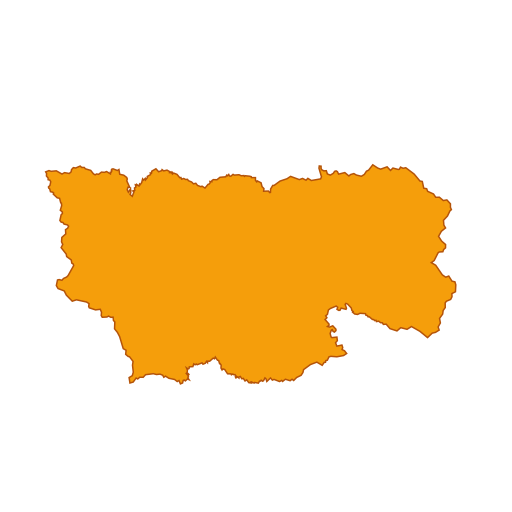 outline of Mae Taeng, Chiang Mai, Thailand, rotated 347°
{"feature_id": "78962969B22934256607694", "entity_name": "Mae Taeng", "entity_type": "district", "adm_level": 2, "iso_a3": "THA", "parent_name": "Thailand", "parent_adm1": "Chiang Mai", "projection": "robinson", "projection_center": [98.828, 19.19], "detail": "fine", "context": "isolated", "style": "filled", "palette": "amber", "viewbox_px": 512, "rotation_deg": 347, "n_neighbors": 0, "source": "geoboundaries", "source_scale": "gbopen_adm2", "svg_char_len": 6095}
<svg xmlns="http://www.w3.org/2000/svg" viewBox="0 0 512 512"><g transform="rotate(347 256 256)"><path d="M73.5,126.2L70.0,126.7L70.5,128.6L69.8,130.9L71.0,133.3L70.6,134.9L72.2,135.7L72.7,137.5L71.1,140.9L69.3,142.0L69.3,143.2L70.1,144.2L70.2,147.1L72.4,148.2L73.0,149.1L72.4,150.1L75.4,154.6L77.6,155.6L77.7,160.3L78.3,160.7L78.0,163.2L75.6,167.4L77.2,169.4L76.9,171.1L75.4,172.0L72.9,177.3L73.7,179.1L75.5,180.0L76.1,181.7L79.3,183.3L80.1,184.8L78.7,186.6L76.3,187.5L75.6,191.7L71.0,194.2L69.7,198.5L70.3,201.3L68.0,204.0L71.5,211.4L71.4,214.0L75.1,218.3L74.9,221.5L76.1,222.7L76.2,224.3L68.5,232.8L66.7,233.9L63.4,234.6L61.4,236.0L58.9,234.7L57.2,234.7L54.8,239.9L55.8,243.2L61.3,246.9L62.4,251.5L66.8,258.7L71.2,258.3L80.5,262.7L82.6,264.8L81.6,267.6L81.9,269.0L87.5,272.4L92.3,272.9L92.8,276.1L91.8,279.2L92.4,281.1L97.0,281.9L98.8,281.4L100.8,283.1L103.0,283.5L102.6,286.7L103.6,288.5L101.8,295.1L103.8,299.3L105.0,303.9L105.8,316.4L108.2,318.6L106.9,322.5L108.9,325.2L110.1,325.7L112.5,331.1L111.1,334.6L110.3,341.6L108.5,344.8L105.0,345.9L104.6,351.4L108.0,351.2L111.7,348.0L113.1,349.2L115.4,348.0L118.8,348.8L121.7,346.8L129.5,347.6L132.4,349.1L135.9,349.5L138.3,351.2L138.9,353.4L140.8,352.7L143.7,355.6L148.9,358.0L151.0,360.6L152.9,360.0L153.6,363.6L155.9,363.2L157.1,360.8L158.2,360.7L159.0,361.8L161.6,360.4L162.9,361.4L162.2,359.4L163.0,358.5L162.7,357.5L164.0,356.3L163.4,355.3L162.2,355.9L161.6,354.7L162.7,354.1L163.5,351.7L163.1,349.4L164.4,350.8L165.4,350.6L166.1,349.0L169.6,349.6L171.1,347.1L172.2,348.3L173.5,347.8L174.2,348.7L179.4,348.0L180.0,349.5L182.5,349.1L184.1,347.5L184.8,349.0L185.3,347.6L187.2,348.1L191.3,345.9L192.5,346.8L193.6,345.3L195.0,348.8L196.1,349.5L196.3,352.7L196.8,352.7L197.5,354.5L196.7,357.3L197.3,359.4L198.4,358.6L200.0,359.6L201.8,364.4L205.1,365.2L205.3,366.2L206.8,365.8L208.0,366.9L208.8,366.8L209.8,368.9L208.7,369.1L209.0,370.3L210.7,369.6L211.9,371.0L212.1,370.1L213.6,369.8L214.6,372.5L216.1,372.4L217.2,375.3L219.1,374.6L220.5,377.8L222.4,378.5L222.0,377.8L223.0,377.5L225.6,379.4L226.2,378.9L229.7,380.4L231.3,378.7L232.4,378.9L233.1,378.2L234.3,379.5L235.3,379.2L237.3,376.8L238.1,377.9L238.3,380.7L242.7,378.1L244.0,380.6L245.8,380.3L250.7,383.6L253.1,383.0L253.7,384.2L256.9,382.7L261.2,385.2L263.4,384.2L264.7,385.8L268.3,383.5L273.1,382.4L275.5,380.1L276.8,377.4L284.7,374.0L291.4,373.1L295.9,377.4L298.5,375.0L299.8,375.2L300.5,373.6L302.1,373.6L304.4,370.7L306.4,370.6L312.1,372.4L318.9,372.7L322.4,371.4L320.9,368.2L318.8,366.5L319.9,364.7L319.7,362.1L314.5,362.0L314.0,358.4L316.2,356.8L316.6,353.2L311.6,352.6L310.9,351.6L310.8,348.1L312.9,345.0L313.8,344.9L314.1,346.8L315.3,347.8L317.1,346.7L317.4,345.3L315.1,341.3L311.7,341.8L309.8,340.8L311.6,339.9L311.8,338.7L309.0,333.4L311.2,332.1L310.4,330.0L312.5,328.9L314.4,324.9L316.6,323.9L322.9,322.8L324.1,324.3L322.9,326.2L324.4,327.6L325.6,327.8L327.2,325.9L331.7,328.2L332.4,327.3L332.0,323.1L332.9,322.4L334.5,323.5L337.1,328.0L337.2,330.7L338.2,332.0L337.5,332.5L339.1,334.7L341.8,335.8L344.5,335.2L349.7,336.8L349.8,338.5L351.2,339.1L351.5,340.5L352.7,340.7L355.1,344.0L356.4,344.4L357.0,345.6L358.5,345.7L358.6,347.0L360.8,347.1L362.4,349.0L364.1,349.5L364.7,351.3L367.5,351.7L370.2,356.9L376.5,360.7L380.9,358.4L386.7,361.4L391.6,359.7L398.7,366.2L404.8,374.1L410.3,370.8L413.7,370.8L417.8,369.4L417.5,366.1L420.6,362.7L420.8,358.1L424.8,354.6L426.1,351.2L428.8,348.8L429.8,344.2L431.4,342.9L435.9,342.1L437.8,339.8L438.4,336.7L442.3,335.7L444.2,329.0L444.0,325.9L441.3,324.6L439.3,318.9L436.1,319.3L433.3,316.3L429.0,305.4L425.3,301.9L428.6,300.5L434.1,293.9L435.5,293.3L439.0,293.9L440.3,291.9L442.5,290.7L443.3,287.5L440.2,283.2L438.3,277.9L442.2,273.6L447.0,271.3L446.0,268.2L446.7,263.4L451.6,260.1L455.1,255.7L456.8,254.8L456.4,252.3L457.2,248.9L454.6,244.3L451.0,244.1L447.9,240.0L444.3,239.2L442.9,235.5L437.8,231.6L437.4,228.8L434.7,227.7L434.8,220.8L432.6,219.8L428.5,211.7L421.8,203.7L419.0,203.6L416.8,201.9L415.2,203.7L414.1,203.7L409.2,201.1L406.3,202.9L403.8,198.6L397.0,199.4L394.4,197.7L390.3,193.4L385.0,197.7L382.7,198.2L379.9,200.9L376.6,202.0L372.0,199.7L369.9,197.7L366.5,197.9L364.5,198.9L361.3,194.7L354.9,194.8L354.3,192.1L353.2,191.1L351.6,191.2L350.0,192.8L346.6,193.9L344.0,192.1L343.7,188.7L341.3,188.3L339.6,186.9L339.1,185.5L339.6,183.1L337.9,182.5L337.1,184.6L337.6,193.6L336.3,195.4L326.9,194.9L324.0,192.0L321.8,193.4L318.8,190.9L315.4,191.3L307.6,186.2L303.6,187.7L296.3,188.4L289.5,191.3L288.2,191.0L285.3,194.0L284.4,197.3L283.6,197.3L282.7,195.5L278.0,194.6L278.9,192.1L277.5,189.8L277.4,185.8L274.1,183.1L273.4,183.9L272.5,182.2L273.1,179.5L269.2,178.6L269.2,177.6L267.7,176.8L263.6,175.4L262.6,175.8L262.3,174.9L259.7,174.5L257.7,173.0L253.1,172.3L252.0,171.3L249.4,172.6L248.2,172.1L247.8,170.4L246.3,171.4L245.7,170.6L244.3,172.0L238.6,171.2L235.1,172.9L231.6,172.0L230.0,172.6L229.7,173.7L227.9,173.0L227.9,174.2L226.7,175.3L225.4,175.4L221.6,178.3L219.1,175.8L218.0,176.1L214.9,174.1L213.7,171.6L211.3,171.6L209.9,169.4L207.1,167.4L206.5,165.9L204.6,165.6L203.0,164.2L200.8,164.4L200.5,162.6L199.3,162.5L197.4,158.7L194.5,156.7L193.1,157.3L193.3,155.7L192.1,156.0L192.1,154.9L190.5,155.2L190.7,154.2L188.6,152.3L185.2,152.3L183.9,150.7L183.3,151.6L180.1,152.0L178.1,148.5L173.5,149.9L172.8,151.8L171.7,151.3L171.5,153.0L168.0,154.0L167.8,155.2L165.5,157.0L165.5,155.5L163.6,156.8L162.9,155.3L161.1,158.8L159.2,160.4L158.8,159.7L157.7,161.5L155.8,159.4L155.6,160.1L154.5,159.5L154.5,161.8L152.9,162.4L152.7,164.7L150.6,164.9L151.6,165.9L148.9,170.0L147.1,167.7L148.2,166.2L148.8,162.5L146.0,165.1L145.4,162.5L146.7,160.2L148.4,160.7L147.0,153.7L147.9,152.0L147.7,150.4L145.3,147.5L141.6,145.7L141.9,140.9L140.2,141.5L136.3,138.9L134.9,139.0L134.3,139.8L134.7,140.6L133.5,142.0L133.0,141.7L132.6,143.2L129.4,140.1L127.2,140.4L124.3,139.5L121.0,141.0L119.1,140.2L117.5,140.7L116.1,139.4L114.2,135.4L109.3,132.6L108.6,131.1L106.1,130.5L104.9,128.8L100.1,129.7L97.9,128.8L95.7,130.3L94.8,132.4L92.6,133.6L88.2,131.7L85.4,132.5L80.6,128.1L75.4,127.4L73.5,126.2Z" fill="#f59e0b" stroke="#b45309" stroke-width="1.5"/></g></svg>